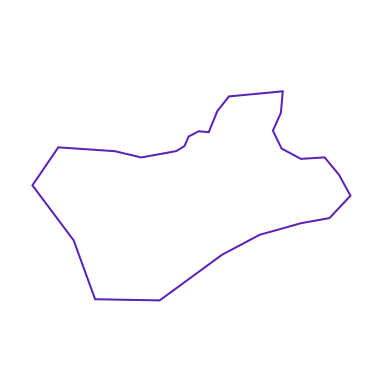 map outline of Kampala (Natural Earth projection), rotated 69°
{"feature_id": "UGA-3088", "entity_name": "Kampala", "entity_type": "District", "adm_level": 1, "iso_a3": "UGA", "parent_name": "Uganda", "parent_adm1": "", "projection": "natural_earth1", "projection_center": [32.596, 0.389], "detail": "fine", "context": "isolated", "style": "outline", "palette": "violet", "viewbox_px": 384, "rotation_deg": 69, "n_neighbors": 0, "source": "natural_earth", "source_scale": "10m", "svg_char_len": 479}
<svg xmlns="http://www.w3.org/2000/svg" viewBox="0 0 384 384"><g transform="rotate(69 192 192)"><path d="M163.7,94.5L183.5,92.8L200.1,78.5L207.2,55.8L228.6,48.6L252.3,45.4L265.6,73.0L260.2,101.3L256.2,144.2L261.3,186.3L281.6,261.0L257.4,320.9L194.8,319.8L128.6,338.6L102.4,300.8L126.2,249.5L141.5,227.1L148.2,191.9L146.4,182.5L139.0,175.2L137.7,164.1L142.1,154.9L125.4,139.2L116.0,123.3L130.5,71.2L149.9,80.6L163.7,94.5Z" fill="none" stroke="#5b21b6" stroke-width="2"/></g></svg>